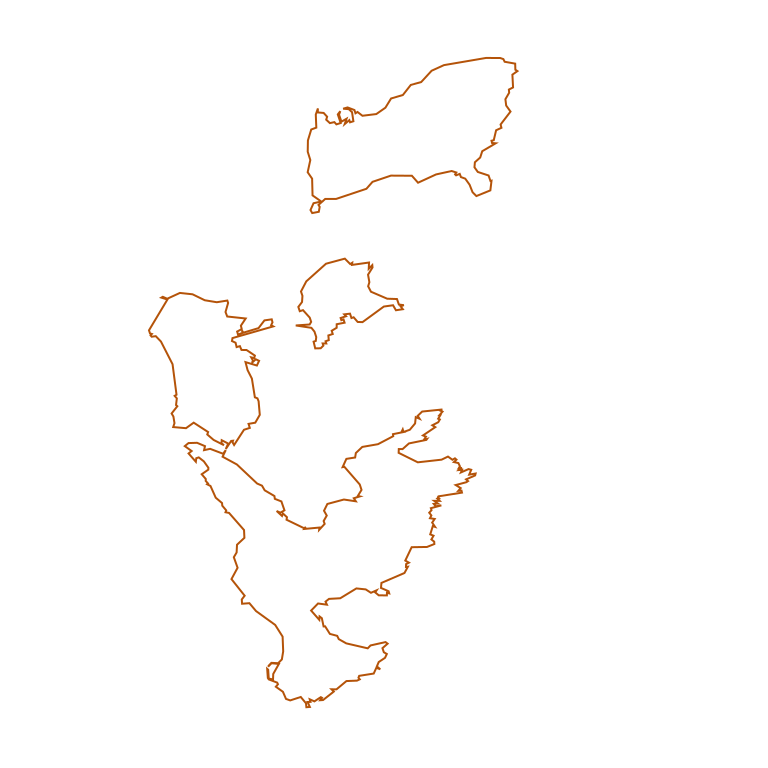 Giske nor, Norway (Albers equal-area conic projection), rotated 164°
{"feature_id": "86288312B39553824960786", "entity_name": "Giske nor", "entity_type": "district", "adm_level": 2, "iso_a3": "NOR", "parent_name": "Norway", "parent_adm1": "", "projection": "albers", "projection_center": [6.074, 62.527], "detail": "fine", "context": "isolated", "style": "outline", "palette": "amber", "viewbox_px": 768, "rotation_deg": 164, "n_neighbors": 0, "source": "geoboundaries", "source_scale": "gbopen_adm2", "svg_char_len": 6135}
<svg xmlns="http://www.w3.org/2000/svg" viewBox="0 0 768 768"><g transform="rotate(164 384 384)"><path d="M547.7,94.7L544.3,94.0L545.1,99.4L542.3,98.7L542.3,101.4L538.4,98.1L531.1,100.4L530.1,99.4L532.5,97.6L529.7,97.0L517.0,102.2L518.6,105.0L513.8,103.6L502.0,108.8L491.7,106.3L488.7,106.8L489.5,108.7L488.3,110.3L473.7,108.5L469.6,113.3L466.2,110.8L468.7,114.5L465.7,118.2L458.5,120.5L455.7,123.7L458.1,126.2L458.3,130.5L452.1,133.4L453.7,135.5L469.0,136.4L472.5,134.4L491.8,145.1L497.8,151.2L498.4,154.8L504.9,158.7L507.4,167.3L508.9,167.6L508.3,176.0L510.0,178.3L511.2,175.1L516.5,186.3L507.9,191.2L499.7,187.6L500.2,190.9L496.1,192.6L485.1,190.1L466.9,195.1L458.2,191.6L454.1,186.9L448.0,187.7L449.9,186.1L447.3,182.3L439.5,180.0L438.7,182.5L436.7,181.3L436.7,183.5L443.1,188.8L441.3,193.5L416.4,196.7L411.4,201.8L413.3,202.1L412.4,204.8L409.3,205.4L412.2,208.4L402.4,219.5L387.6,215.5L379.7,216.3L379.2,218.6L381.3,221.5L378.2,224.5L381.0,226.7L376.3,233.9L374.3,232.6L375.9,237.5L372.5,240.3L376.8,242.3L374.7,244.6L376.0,247.8L373.1,249.6L373.2,251.7L362.3,251.5L368.0,252.2L369.2,255.0L365.2,254.3L367.9,257.8L362.7,256.3L364.2,258.9L362.6,258.8L363.4,260.3L362.6,261.0L339.0,258.1L338.9,260.2L342.0,260.8L339.0,262.8L342.9,267.1L331.9,266.9L330.0,267.5L331.4,269.7L321.6,271.0L320.6,272.7L327.1,273.4L323.8,277.5L326.2,278.9L334.4,277.8L332.6,280.0L335.5,280.6L332.2,281.9L335.5,282.3L333.7,284.0L334.3,287.5L338.3,289.7L335.2,291.3L336.3,293.0L339.1,292.3L342.5,296.6L349.5,295.4L373.1,299.4L388.9,313.8L387.7,317.4L384.1,316.3L376.4,320.0L358.7,318.6L357.8,319.3L361.2,319.2L358.2,321.8L360.7,323.8L346.6,328.4L348.9,331.0L342.4,332.3L340.1,334.5L341.5,335.7L338.5,338.4L339.4,338.7L335.4,341.3L338.5,344.0L334.8,343.4L354.9,347.0L360.4,344.1L359.4,340.8L362.6,343.4L365.0,337.5L371.8,332.9L378.5,332.5L378.5,335.2L380.2,333.3L379.1,332.5L389.2,333.3L389.5,331.3L406.4,327.8L422.2,329.5L430.1,325.4L432.0,321.3L440.8,322.4L446.7,315.5L444.9,315.3L435.0,294.1L434.8,288.4L440.0,283.6L438.2,282.6L444.5,282.5L443.4,279.0L454.4,284.0L471.5,284.3L476.6,278.7L475.3,273.3L479.8,268.9L479.6,265.9L486.5,261.7L485.6,263.8L500.4,266.6L498.5,267.8L500.8,267.6L515.1,280.4L514.0,282.7L516.9,287.5L518.4,285.3L522.2,291.5L519.1,288.9L514.5,290.0L515.0,299.4L520.6,303.7L520.2,306.5L528.0,314.7L529.3,319.9L533.4,323.3L547.6,347.2L559.2,358.6L554.3,364.1L557.9,361.3L569.0,369.6L575.2,370.0L573.2,373.6L579.9,379.0L588.2,381.1L592.6,379.2L587.4,372.6L591.0,371.1L586.3,361.1L584.9,364.4L582.3,364.5L578.5,359.3L575.9,351.9L576.5,350.1L584.1,347.5L581.5,341.8L582.1,340.0L580.6,336.9L581.7,336.4L578.9,333.8L577.1,321.1L572.5,314.2L573.0,311.6L570.5,306.0L571.7,304.4L568.5,302.8L558.8,282.2L560.6,274.6L569.6,270.0L572.1,262.7L576.1,258.9L575.4,247.7L584.4,238.5L576.3,218.9L580.1,216.1L581.0,211.9L573.8,210.4L569.6,201.0L555.0,182.4L551.1,169.1L554.6,154.8L558.1,147.4L562.7,144.8L569.1,147.0L572.5,145.0L573.3,144.2L569.1,146.6L562.2,143.9L570.4,135.8L572.1,130.6L576.0,132.6L574.1,141.3L574.8,142.4L576.7,133.4L576.2,131.8L569.0,126.4L568.7,124.6L571.4,122.8L566.0,116.0L565.0,108.3L561.4,105.7L550.3,106.1L547.0,98.6L547.7,94.7ZM243.4,539.2L228.4,540.8L224.6,549.8L225.7,549.8L226.0,555.6L235.4,562.0L237.3,567.4L235.5,572.1L229.1,575.2L225.4,580.7L210.3,584.6L213.7,585.9L213.6,588.2L211.3,588.1L206.3,597.0L200.5,597.9L200.4,601.3L187.3,611.0L189.8,618.0L188.8,624.3L183.4,629.5L182.8,632.6L178.2,633.5L175.3,646.0L169.5,648.0L171.1,649.9L169.6,655.8L179.2,660.5L179.7,663.4L182.4,665.3L196.0,669.3L238.5,674.0L251.9,672.0L265.0,664.0L275.8,664.1L286.2,656.6L298.5,656.5L306.5,649.2L317.0,645.6L330.8,647.8L334.5,652.8L336.8,652.1L336.9,655.5L342.8,659.9L347.4,659.9L342.1,657.9L339.8,654.1L341.0,645.0L344.5,644.9L344.6,647.2L350.1,644.7L346.9,649.3L352.6,647.9L353.0,655.3L350.8,658.3L354.1,655.9L353.7,646.8L358.2,646.7L359.5,649.4L364.1,649.7L366.7,654.0L365.0,656.6L367.3,661.2L372.8,663.3L371.6,667.1L375.3,661.8L378.4,649.1L383.8,648.7L390.0,639.1L393.3,628.3L393.1,619.6L399.0,608.6L396.5,601.2L400.7,585.0L394.0,576.7L401.9,577.2L406.7,571.5L405.9,568.1L399.2,567.5L397.0,572.0L397.6,574.2L389.5,578.1L379.1,575.1L347.1,576.5L339.3,581.5L319.9,582.4L299.8,576.5L295.8,568.1L276.2,571.1L260.3,570.1L256.2,567.4L257.9,565.9L257.2,564.7L253.3,565.1L253.0,561.7L249.3,559.0L246.8,552.0L246.0,543.9L243.4,539.2ZM555.5,374.7L550.2,369.7L554.0,365.1L546.6,371.4L544.8,371.1L545.7,369.9L544.9,366.7L531.2,378.6L525.1,378.8L525.2,383.0L518.4,382.3L511.9,388.6L509.3,402.0L509.6,405.1L511.8,406.8L509.5,425.6L511.3,434.9L511.1,443.2L501.1,436.8L497.7,440.7L500.4,443.1L505.1,440.8L503.5,442.6L504.3,446.2L501.6,444.7L500.3,446.9L506.8,454.6L511.6,456.0L512.1,460.1L515.5,460.1L515.3,464.6L518.3,467.2L517.0,469.9L474.6,469.9L476.3,471.6L474.2,474.0L474.1,477.1L481.4,478.1L489.2,472.3L505.0,472.1L505.8,474.7L505.7,472.1L510.7,471.8L510.7,474.9L505.6,476.0L505.5,479.5L498.9,485.1L516.1,492.1L516.5,496.9L511.5,504.9L511.6,507.4L522.2,508.7L533.2,513.9L543.3,523.0L555.1,527.8L568.9,525.7L572.6,528.8L574.2,528.4L568.9,524.9L595.1,500.4L595.0,497.1L593.4,496.1L595.0,495.1L594.3,493.5L590.2,492.9L586.7,486.3L581.8,461.3L586.4,430.9L588.5,430.3L587.1,427.3L589.7,421.1L588.8,419.6L596.3,414.2L595.4,410.8L596.2,404.1L598.5,400.7L586.5,396.1L577.6,399.3L566.3,386.3L567.8,384.2L563.2,377.2L554.7,369.3L556.5,371.9L555.5,374.7ZM440.3,437.2L435.0,435.8L431.7,437.6L431.8,439.9L428.3,438.9L428.4,441.2L425.0,441.4L424.1,446.0L419.5,446.2L419.6,449.6L414.0,451.1L413.0,454.5L405.0,453.8L405.1,457.2L407.4,457.1L407.5,459.4L401.8,459.6L403.0,461.9L397.3,461.0L397.1,456.4L394.8,456.5L392.2,450.9L387.6,449.4L362.8,458.5L353.6,457.2L352.2,451.6L345.3,450.7L346.6,454.1L343.2,454.3L347.8,456.3L348.1,462.1L357.4,465.1L371.1,476.3L372.3,482.3L370.0,485.9L369.2,493.5L362.9,499.2L362.5,501.5L366.9,499.0L364.9,504.9L381.9,507.3L381.1,509.3L383.4,508.6L387.1,515.3L406.6,515.6L430.4,504.1L438.3,495.8L438.1,491.2L440.2,485.4L445.1,481.7L444.9,477.2L441.5,477.3L437.1,468.3L436.9,463.8L439.1,461.7L452.7,464.6L438.3,458.0L436.4,453.5L436.2,447.8L437.7,444.2L440.0,444.1L440.3,437.2Z" fill="none" stroke="#b45309" stroke-width="2"/></g></svg>